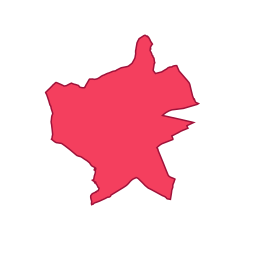 the district of Dijk en Waard, Noord-Holland, Netherlands, rotated 229°
{"feature_id": "6326949B1679798000878", "entity_name": "Dijk en Waard", "entity_type": "district", "adm_level": 2, "iso_a3": "NLD", "parent_name": "Netherlands", "parent_adm1": "Noord-Holland", "projection": "mercator", "projection_center": [4.81, 52.682], "detail": "fine", "context": "isolated", "style": "filled", "palette": "rose", "viewbox_px": 256, "rotation_deg": 229, "n_neighbors": 0, "source": "geoboundaries", "source_scale": "gbopen_adm2", "svg_char_len": 5472}
<svg xmlns="http://www.w3.org/2000/svg" viewBox="0 0 256 256"><g transform="rotate(229 128 128)"><path d="M184.4,202.9L184.3,202.5L186.5,201.9L186.7,201.7L186.8,201.6L187.0,201.3L187.1,201.2L187.3,200.5L188.1,195.1L188.1,194.9L187.5,193.4L187.4,193.1L187.3,192.7L187.2,192.6L186.6,191.2L186.3,190.6L185.8,190.0L182.7,186.2L182.3,185.8L181.3,184.4L180.7,183.9L180.3,183.5L179.9,183.2L179.0,182.5L176.4,179.3L175.7,177.8L174.2,173.7L174.2,172.7L174.4,169.3L174.6,168.3L175.5,166.6L177.8,162.6L178.0,162.1L179.2,157.4L179.2,156.9L179.4,156.1L179.5,155.8L180.7,153.8L181.0,152.9L182.0,149.9L182.7,148.3L183.1,147.1L183.3,146.3L183.7,144.7L184.0,144.1L184.4,142.7L184.6,141.5L184.7,140.3L184.8,139.5L184.9,138.9L185.2,137.5L185.4,136.9L186.3,135.2L186.6,134.8L186.9,134.4L187.7,133.8L188.2,133.4L189.9,131.3L190.1,131.1L190.1,130.6L188.9,127.2L187.9,124.1L187.7,123.9L187.2,122.3L187.2,122.2L186.9,122.1L186.9,121.9L187.1,121.3L187.2,121.2L187.9,120.5L188.5,119.8L189.8,118.9L190.1,118.6L190.7,118.4L192.4,118.5L192.6,118.5L195.3,116.9L196.5,116.0L196.8,115.8L199.0,114.7L199.3,113.7L199.8,111.8L200.4,109.2L200.5,109.0L200.7,108.7L201.6,107.3L201.8,107.2L203.2,106.7L205.6,105.6L206.8,105.0L207.9,104.5L209.2,103.8L209.6,103.5L209.7,103.1L209.7,101.6L209.6,101.0L209.7,100.3L209.7,99.8L209.4,97.5L209.4,96.7L209.2,94.6L209.2,93.7L209.1,91.8L209.0,91.2L209.0,90.3L208.9,89.3L208.9,89.2L208.7,89.0L208.3,88.9L207.2,88.8L207.0,88.6L206.7,88.5L206.2,88.4L203.5,87.3L201.1,86.3L200.3,86.0L199.1,85.4L196.5,84.2L196.2,84.2L195.5,84.1L195.0,83.9L194.5,83.7L193.2,82.9L189.0,81.1L188.7,80.9L188.2,80.6L188.0,80.4L187.3,78.9L187.1,78.5L186.3,77.5L184.6,75.7L183.1,74.0L182.9,73.9L181.7,73.1L180.6,72.5L177.7,70.5L176.8,69.9L175.8,69.2L172.7,67.0L172.2,66.5L171.6,65.6L171.2,65.1L170.2,64.0L169.9,63.5L169.8,62.9L165.9,63.6L165.2,63.8L164.4,64.1L163.7,64.5L163.4,64.8L162.4,65.7L162.1,65.9L160.5,67.3L159.8,67.8L158.2,68.2L155.7,68.8L153.7,69.2L149.1,70.1L141.8,71.2L141.4,71.3L140.5,71.5L139.9,71.9L138.8,72.5L138.0,73.1L137.2,73.6L136.0,74.0L133.2,74.7L130.2,75.6L129.0,75.8L128.3,75.9L127.9,76.0L127.2,76.1L126.8,76.1L126.5,76.1L124.8,75.8L124.4,75.8L123.7,75.8L123.0,75.9L122.8,75.9L121.1,76.6L120.2,76.9L119.1,77.3L118.6,77.1L118.4,76.9L118.1,76.7L118.0,76.4L119.1,75.9L118.6,75.0L117.3,75.4L117.2,75.3L116.3,74.6L115.9,74.2L115.1,73.2L114.8,72.6L114.6,72.3L114.3,71.9L114.1,71.4L113.8,71.0L112.5,69.4L111.9,68.7L111.7,68.3L111.7,67.7L112.0,66.8L111.8,66.8L110.4,67.3L110.2,67.3L110.0,67.5L108.6,67.0L108.6,67.7L108.6,68.0L108.4,68.1L108.2,68.0L107.4,67.5L107.2,67.3L105.4,67.2L104.9,67.1L104.2,66.9L103.0,66.5L102.9,66.5L101.7,66.7L101.4,66.5L100.9,65.6L100.3,64.3L100.4,64.1L100.7,63.6L100.7,63.4L100.8,62.4L100.7,62.2L100.6,61.9L100.6,61.7L100.8,61.5L100.9,61.4L101.0,61.4L101.0,60.9L101.5,59.2L101.7,58.5L101.7,58.1L101.8,57.8L101.8,57.3L101.5,56.2L101.4,55.6L101.0,55.1L100.2,54.4L99.6,54.0L98.7,53.5L96.7,52.6L96.2,52.2L95.2,51.1L94.8,50.7L94.0,50.3L93.4,51.9L93.5,52.2L93.5,52.8L93.5,53.1L93.4,53.6L93.1,54.4L93.0,54.7L92.7,55.3L91.5,58.6L90.6,61.7L90.3,62.7L89.9,64.0L89.2,67.0L89.1,67.3L89.0,67.5L88.5,68.0L88.3,68.4L88.2,68.6L88.1,68.9L88.0,69.6L88.0,69.9L88.1,70.2L88.4,70.9L88.5,71.1L88.5,71.5L87.4,78.0L86.2,85.1L86.0,86.5L85.8,88.2L85.7,89.2L85.7,89.7L85.8,91.6L86.1,93.7L86.3,95.0L86.3,95.8L86.3,96.5L86.3,97.4L86.2,98.1L86.0,99.0L85.4,100.9L85.3,101.3L85.3,101.6L84.6,102.0L83.9,102.3L83.0,102.6L82.6,102.6L77.7,103.0L76.0,103.1L73.4,103.2L70.4,103.7L69.3,103.9L68.6,104.2L66.7,105.0L65.7,105.4L54.2,109.7L53.1,110.3L51.5,111.0L51.3,110.9L50.6,111.1L50.3,111.1L49.5,111.0L49.1,111.1L48.9,111.1L48.7,111.2L48.4,111.5L46.3,113.2L50.4,118.1L51.4,119.2L52.3,120.2L52.5,120.5L53.8,122.8L54.4,123.4L54.8,123.7L55.4,124.3L55.9,124.9L56.1,125.4L56.3,125.7L56.9,127.0L57.8,128.4L58.6,129.9L59.9,129.4L63.0,127.8L63.6,127.6L64.3,127.4L64.9,127.3L65.3,127.3L66.3,127.4L67.1,127.7L68.6,128.2L69.5,128.5L72.7,129.6L78.4,131.6L90.8,135.8L91.1,135.9L91.7,136.3L93.1,136.8L94.2,136.8L94.3,138.0L94.3,139.6L94.2,141.4L93.9,143.1L93.8,143.5L93.5,144.3L89.9,154.3L90.1,154.6L90.6,154.9L92.6,155.6L92.9,155.7L93.1,155.7L93.3,155.9L93.2,156.3L93.1,156.6L92.9,157.2L91.3,163.9L90.9,165.9L90.5,167.0L90.5,167.3L90.0,168.7L89.7,169.5L88.5,173.1L88.9,173.2L90.1,173.5L91.1,174.0L89.1,181.1L90.1,180.4L90.0,180.5L90.3,180.3L99.8,173.4L105.8,169.0L106.7,168.3L114.8,162.3L114.9,163.8L114.9,164.3L114.8,165.7L114.8,166.4L114.6,167.4L114.2,169.4L114.0,170.2L113.3,172.0L113.0,172.9L112.8,173.2L106.4,182.7L100.9,194.7L100.5,195.5L100.3,196.5L100.2,197.2L102.6,196.1L103.1,196.0L103.4,196.0L103.9,196.1L106.3,197.0L106.4,196.5L109.9,197.8L114.4,200.1L120.3,203.2L121.7,203.7L122.6,203.8L125.4,203.9L132.2,203.9L136.9,203.9L137.3,203.9L138.0,204.1L143.1,205.7L143.9,204.8L144.7,203.5L145.2,202.4L145.2,201.9L145.4,201.1L146.3,199.9L146.5,199.5L146.6,199.4L146.5,199.2L147.1,198.2L147.2,197.7L147.2,197.2L147.2,196.8L147.2,196.3L147.2,195.6L147.3,195.5L147.3,195.3L147.5,194.6L147.8,192.7L148.1,191.1L148.2,190.2L148.3,190.1L151.1,184.5L154.5,184.7L155.1,184.9L159.2,189.8L159.6,190.4L159.5,190.8L159.6,191.0L160.3,191.3L160.9,191.6L163.7,193.4L165.7,193.6L165.8,193.7L165.9,193.8L166.0,194.0L166.4,194.0L166.8,194.0L167.6,194.1L168.7,194.7L171.9,195.5L172.0,195.5L173.1,196.6L172.8,197.0L173.6,197.5L174.1,197.8L174.2,198.0L174.4,198.2L174.6,198.8L175.2,200.7L175.3,201.5L177.5,201.8L178.5,201.9L180.4,202.5L182.9,203.0L184.4,202.9Z" fill="#f43f5e" stroke="#9f1239" stroke-width="1.5"/></g></svg>